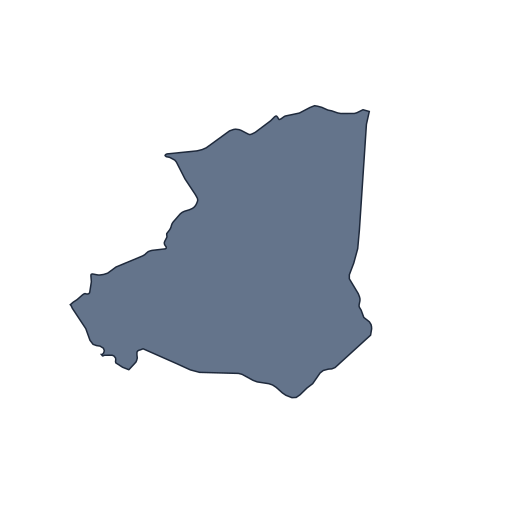 the border of Siemréab, rotated 228°
{"feature_id": "KHM-1781", "entity_name": "Siemréab", "entity_type": "Province", "adm_level": 1, "iso_a3": "KHM", "parent_name": "Cambodia", "parent_adm1": "", "projection": "orthographic", "projection_center": [104.194, 13.577], "detail": "fine", "context": "isolated", "style": "filled", "palette": "slate", "viewbox_px": 512, "rotation_deg": 228, "n_neighbors": 0, "source": "natural_earth", "source_scale": "10m", "svg_char_len": 2371}
<svg xmlns="http://www.w3.org/2000/svg" viewBox="0 0 512 512"><g transform="rotate(228 256 256)"><path d="M284.5,75.1L286.3,75.2L285.7,76.0L285.9,77.9L287.1,79.9L289.6,80.9L293.4,79.8L296.2,77.5L299.4,75.8L304.4,76.2L315.9,80.9L340.0,84.5L341.5,85.0L342.9,85.4L344.1,85.4L344.0,89.3L343.3,93.8L343.2,100.9L343.0,102.6L342.5,103.8L341.5,104.4L340.6,105.2L339.9,106.4L340.0,107.6L340.5,108.4L347.0,116.4L351.3,119.7L352.4,120.7L352.6,121.3L352.3,122.2L351.4,123.0L347.6,125.9L346.4,127.2L344.2,130.5L342.5,134.3L341.5,144.6L331.9,171.9L331.4,174.4L331.5,176.0L331.4,178.8L330.7,180.6L329.8,182.4L322.0,193.4L321.9,194.5L322.7,195.3L325.2,195.6L326.3,196.0L327.3,196.8L328.0,198.1L329.5,202.1L330.0,202.8L330.7,203.3L331.6,203.9L332.4,204.7L333.2,209.1L333.8,211.0L334.5,212.4L335.3,213.6L336.2,215.3L336.7,217.2L338.0,228.0L337.8,230.5L337.1,232.8L334.9,237.5L333.9,240.6L333.7,242.7L333.9,244.4L334.3,245.9L334.9,247.3L335.7,248.9L336.5,250.1L337.5,250.7L338.2,251.1L342.1,252.0L360.8,254.8L379.1,259.7L381.6,259.8L386.9,257.9L387.7,257.4L389.8,255.8L391.4,255.6L391.7,256.0L391.8,256.9L391.4,258.2L373.6,282.5L371.1,287.2L369.7,291.4L366.7,320.0L365.0,324.1L363.9,325.7L361.2,328.0L359.3,329.0L351.8,331.8L350.5,332.5L349.9,333.4L349.3,334.9L348.4,338.2L346.7,357.4L347.0,362.9L346.8,364.2L346.2,364.9L344.4,364.9L343.2,364.5L342.0,364.5L341.6,365.0L341.2,366.3L340.8,369.9L340.5,371.3L333.2,383.9L330.3,395.3L328.5,400.1L327.6,400.8L326.1,402.0L322.4,404.4L316.5,407.0L315.9,407.4L313.2,409.4L307.7,412.4L305.1,414.4L296.1,424.5L295.0,426.7L293.1,433.4L287.6,436.9L280.0,426.2L206.1,350.2L193.4,336.5L185.3,323.9L179.6,312.8L176.6,310.1L159.6,306.8L156.4,305.6L154.6,304.6L153.2,303.3L150.7,299.9L149.7,299.0L148.6,298.5L145.4,297.9L138.2,295.0L131.2,296.2L128.0,295.6L126.1,294.5L124.5,293.2L120.5,288.2L120.2,240.1L121.4,236.8L123.5,234.1L125.9,229.4L126.2,225.4L123.2,212.7L123.8,205.5L123.4,195.9L124.0,191.2L126.7,187.9L132.5,185.0L136.6,184.0L144.9,183.1L149.1,182.0L152.5,180.1L161.7,172.6L165.6,170.6L177.5,166.4L180.5,164.4L207.3,136.2L215.3,131.0L229.8,124.7L262.6,110.0L263.6,107.3L264.3,105.9L264.6,104.5L264.2,103.2L262.4,101.5L259.6,99.5L258.3,97.5L257.5,95.8L256.6,86.0L256.6,85.4L262.6,82.4L270.4,80.3L271.6,81.0L272.7,82.3L274.2,83.4L276.9,83.5L278.5,82.7L283.7,76.9L284.0,75.8L284.5,75.1Z" fill="#64748b" stroke="#1e293b" stroke-width="1.5"/></g></svg>